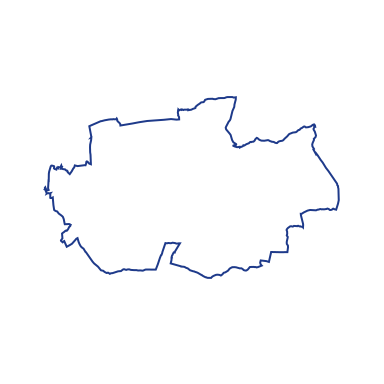 Susani, Vâlcea, Romania, rotated 290°
{"feature_id": "2599482B57845502750026", "entity_name": "Susani", "entity_type": "district", "adm_level": 2, "iso_a3": "ROU", "parent_name": "Romania", "parent_adm1": "Vâlcea", "projection": "natural_earth1", "projection_center": [24.105, 44.597], "detail": "fine", "context": "isolated", "style": "outline", "palette": "blue", "viewbox_px": 384, "rotation_deg": 290, "n_neighbors": 0, "source": "geoboundaries", "source_scale": "gbopen_adm2", "svg_char_len": 5968}
<svg xmlns="http://www.w3.org/2000/svg" viewBox="0 0 384 384"><g transform="rotate(290 192 192)"><path d="M297.1,284.1L297.3,283.6L296.9,283.1L296.3,282.4L295.0,281.7L294.2,281.1L292.6,278.9L291.7,277.0L291.7,276.6L292.1,275.5L291.9,275.0L291.6,274.6L289.8,273.4L288.7,272.3L287.6,272.0L287.1,271.7L286.6,270.8L284.4,269.7L283.7,269.1L282.3,266.4L279.8,263.6L279.2,263.3L276.8,262.4L273.8,260.8L271.8,260.0L270.9,259.1L270.1,257.6L269.4,256.6L268.8,256.0L267.1,255.2L266.9,254.8L266.7,253.4L267.0,251.7L266.5,249.6L266.6,248.8L266.5,248.1L266.8,246.2L266.7,245.6L264.9,242.4L264.0,239.6L264.1,237.4L265.0,235.1L265.0,234.3L263.1,233.4L261.8,233.3L260.4,232.6L260.1,232.1L259.7,231.2L259.2,230.7L259.0,229.8L258.6,229.4L257.3,228.8L256.6,228.0L255.6,226.8L253.6,225.3L253.5,224.3L252.6,224.2L252.3,224.0L250.6,222.1L250.2,221.8L250.1,221.7L250.8,221.3L249.7,219.4L249.5,218.7L249.4,216.6L249.5,215.1L249.8,215.0L250.2,215.4L251.3,217.2L251.7,217.3L252.1,217.1L252.8,214.1L253.2,213.4L254.7,211.8L258.8,208.8L259.7,207.5L262.5,202.7L263.9,201.7L265.1,201.7L270.5,202.4L272.4,203.1L273.8,203.2L282.0,202.3L286.4,202.6L288.7,202.0L293.8,201.5L296.0,200.8L295.0,198.9L295.0,197.5L294.9,197.1L293.3,192.8L292.7,191.8L291.6,190.6L291.2,189.9L289.4,185.1L287.2,182.3L286.6,180.1L286.7,179.6L286.6,179.3L284.9,175.1L283.1,172.8L281.2,172.5L280.4,172.1L279.4,170.1L278.8,169.6L277.8,169.1L275.8,167.6L273.7,166.4L273.0,166.2L272.3,166.5L271.9,166.3L270.4,164.4L269.1,163.2L267.6,160.5L268.3,160.3L268.3,160.0L267.5,158.8L266.6,156.3L266.2,156.0L266.0,155.7L266.2,154.3L265.5,154.0L265.6,153.2L264.3,152.0L264.3,151.8L264.7,151.6L264.9,151.1L264.1,151.4L264.0,151.0L261.6,151.6L260.0,152.6L259.3,152.7L258.0,154.2L255.8,155.1L254.7,152.7L253.4,147.4L250.3,141.0L243.4,125.6L239.4,118.3L236.0,112.6L230.0,102.0L231.1,101.5L232.1,100.2L232.6,98.9L233.2,97.7L233.7,97.2L234.7,96.8L235.3,96.1L234.5,95.9L233.8,94.3L233.5,93.0L233.0,92.3L232.5,90.8L231.6,89.0L229.5,85.4L227.7,82.8L227.3,82.0L219.8,74.1L218.7,73.0L209.8,78.3L208.7,78.5L208.4,78.4L208.7,78.8L206.0,79.5L201.6,80.1L199.1,80.9L194.5,82.7L192.3,83.9L183.5,87.5L183.5,85.8L184.8,83.3L184.7,82.6L184.2,82.4L182.5,82.8L180.7,82.8L180.5,82.0L177.2,75.6L176.9,72.8L174.7,72.9L173.6,72.4L170.3,71.9L167.0,71.0L168.0,68.6L168.3,68.4L168.5,68.0L168.9,68.0L169.2,67.6L169.4,67.0L169.2,66.5L169.4,65.7L169.8,65.2L169.8,64.8L169.4,63.0L169.3,61.4L169.1,61.0L171.3,61.3L171.5,60.6L172.2,60.1L169.9,59.8L169.7,57.8L168.5,58.1L168.6,56.9L166.7,56.9L166.7,54.9L167.0,54.2L167.6,54.0L168.3,54.1L169.1,53.4L168.9,51.2L168.5,50.7L167.7,50.5L162.4,50.8L160.3,51.2L154.5,53.2L153.6,53.5L153.6,53.3L146.2,55.5L144.9,56.6L143.7,55.2L144.5,54.0L145.2,53.5L145.5,53.0L146.2,52.5L145.7,52.3L144.5,52.8L144.1,52.7L144.1,53.2L141.0,56.0L140.7,56.0L141.4,56.6L141.8,57.3L141.8,58.2L142.6,59.5L142.3,59.4L141.8,59.5L138.0,60.8L137.9,61.0L138.3,62.1L139.3,63.0L132.4,66.2L128.0,68.6L127.7,69.4L127.5,70.8L127.6,72.0L126.2,74.1L125.3,77.2L124.6,79.0L124.0,79.6L122.6,80.8L118.4,83.3L118.2,83.5L119.8,87.3L119.9,88.2L119.5,88.5L119.3,88.9L119.4,89.2L118.3,89.2L117.0,88.5L114.8,88.3L113.1,87.8L112.7,87.5L112.8,86.9L111.6,85.9L111.0,85.7L109.3,84.5L108.5,84.1L104.1,86.1L101.7,85.4L101.5,85.5L101.2,85.8L100.5,87.7L101.5,88.1L102.2,88.7L97.7,93.0L100.3,95.3L102.3,96.9L107.3,98.9L108.5,99.3L109.5,100.2L106.2,102.6L104.3,104.4L102.8,106.2L102.0,108.1L101.7,109.4L99.2,112.5L99.2,112.9L92.6,122.3L91.4,124.4L89.7,129.2L87.3,133.2L87.6,135.6L87.0,137.1L86.7,139.4L86.8,139.8L87.3,140.3L87.5,141.0L87.0,142.8L87.9,143.6L88.6,145.1L92.2,149.7L93.4,152.3L95.5,153.6L96.2,154.5L96.3,156.8L97.1,157.8L97.8,159.3L97.9,161.2L98.8,164.4L99.6,166.6L99.8,168.2L100.6,170.1L101.2,172.5L101.5,173.0L103.1,174.7L103.4,175.3L106.7,184.5L112.3,184.6L119.2,184.4L122.0,184.5L122.2,184.8L124.1,184.9L125.6,184.7L134.9,184.5L135.2,186.0L136.0,187.2L136.5,189.3L136.9,190.1L137.7,191.1L138.2,193.5L138.2,194.9L138.4,195.6L139.2,197.1L139.6,198.2L130.5,196.4L129.2,196.5L129.0,195.5L127.0,195.2L126.0,195.2L125.5,195.0L124.0,195.1L123.4,195.6L123.1,195.3L121.1,196.0L117.6,196.4L118.4,207.2L118.2,207.4L118.4,207.9L119.0,210.1L119.0,210.8L118.7,212.6L118.8,214.0L117.8,216.9L117.9,220.1L118.1,221.4L118.0,222.5L118.1,223.8L118.0,225.3L117.3,228.9L117.4,229.4L117.2,229.6L116.8,231.5L116.5,233.9L116.7,234.3L116.6,235.2L116.7,236.1L117.8,239.3L119.4,240.0L120.5,240.9L122.2,242.7L122.9,243.9L123.4,245.7L123.5,246.6L123.4,247.7L124.9,248.7L126.9,249.4L127.9,250.8L130.3,252.7L132.9,253.6L134.7,255.1L135.2,255.7L135.2,256.0L135.8,257.2L136.3,259.1L136.6,263.1L137.2,264.6L136.9,266.0L136.3,267.3L136.4,268.8L136.6,269.4L136.9,270.0L138.3,271.0L141.2,272.0L141.5,272.5L142.8,275.8L142.9,276.7L143.3,277.6L143.2,278.4L144.0,279.7L146.7,282.7L147.1,281.9L148.0,280.8L149.0,280.2L151.2,280.0L152.5,285.6L152.6,288.2L162.7,286.9L165.4,294.9L168.1,302.2L173.0,301.1L174.5,300.4L175.6,298.9L176.6,298.4L178.0,298.0L182.0,297.5L182.6,297.3L182.9,297.0L183.1,296.5L183.6,295.9L185.2,295.8L187.6,294.8L188.4,294.0L189.2,293.8L190.9,294.4L193.3,296.0L193.8,297.1L193.9,298.3L194.1,298.7L195.0,299.4L195.9,302.6L196.2,302.7L196.6,303.5L196.4,304.7L196.8,305.5L196.7,306.1L197.0,307.8L196.7,308.4L199.1,307.7L200.3,307.1L207.4,302.3L208.7,301.7L208.9,302.4L211.0,304.0L214.0,306.9L215.5,309.1L217.2,314.8L218.4,316.1L218.7,316.9L219.7,318.1L219.9,318.5L220.1,320.0L220.6,320.9L220.8,321.9L222.1,324.3L222.7,324.8L222.8,326.3L222.3,327.4L222.3,327.9L222.8,328.9L223.3,329.5L224.6,330.3L224.7,330.7L224.5,331.5L224.7,333.5L231.0,333.2L234.5,332.7L245.1,328.5L246.6,327.5L247.1,327.4L247.8,326.9L247.9,326.5L248.1,326.2L249.4,325.5L258.3,313.1L260.5,309.6L264.4,304.7L266.1,302.0L269.4,297.6L270.8,295.4L270.1,295.4L273.5,291.5L274.2,291.9L276.0,289.6L277.8,288.7L279.7,288.6L282.2,288.8L283.0,288.7L283.6,288.3L285.8,289.3L287.5,289.2L290.7,286.8L292.1,285.1L292.8,284.6L294.5,284.8L295.8,284.2L295.7,285.3L296.3,285.0L297.1,284.1Z" fill="none" stroke="#1e3a8a" stroke-width="2"/></g></svg>